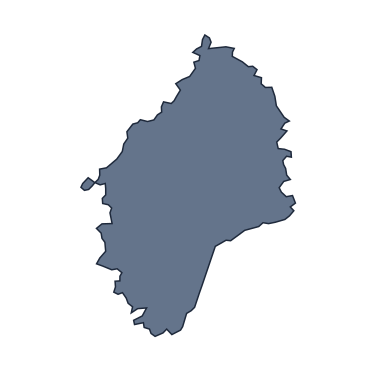 outline of David Canabarro, Rio Grande do Sul, Brazil, rotated 126°
{"feature_id": "56859067B20020049271411", "entity_name": "David Canabarro", "entity_type": "district", "adm_level": 2, "iso_a3": "BRA", "parent_name": "Brazil", "parent_adm1": "Rio Grande do Sul", "projection": "robinson", "projection_center": [-51.809, -28.414], "detail": "fine", "context": "isolated", "style": "filled", "palette": "slate", "viewbox_px": 384, "rotation_deg": 126, "n_neighbors": 0, "source": "geoboundaries", "source_scale": "gbopen_adm2", "svg_char_len": 1947}
<svg xmlns="http://www.w3.org/2000/svg" viewBox="0 0 384 384"><g transform="rotate(126 192 192)"><path d="M62.5,273.1L68.6,269.9L73.6,272.4L78.6,273.4L77.0,265.8L81.5,263.6L85.9,266.8L89.9,261.9L99.9,261.8L106.8,266.0L113.9,268.8L116.4,261.3L123.7,260.7L128.7,260.1L132.6,260.8L135.8,268.0L141.1,266.8L145.2,263.5L149.9,265.3L156.1,265.2L161.1,269.4L163.9,276.3L167.9,276.6L171.8,279.8L181.5,280.1L186.2,275.6L193.3,275.4L200.2,272.2L209.6,272.2L222.7,275.4L227.8,280.2L232.6,276.5L236.9,275.3L241.5,276.1L240.2,270.5L236.1,267.2L240.0,263.8L245.1,260.1L249.9,260.8L253.8,257.5L251.5,252.2L252.2,247.6L257.1,246.1L264.5,238.1L270.7,246.1L277.6,247.9L278.7,241.3L282.4,237.6L283.9,232.9L290.7,227.0L299.5,227.8L306.2,227.0L304.4,220.7L302.1,211.2L298.1,207.4L298.5,201.3L302.5,200.8L306.3,198.1L309.4,201.8L313.8,198.1L319.0,196.4L318.2,191.7L314.3,189.1L316.5,182.9L319.6,178.2L319.8,172.6L325.5,170.1L318.3,167.4L312.5,160.6L321.5,159.4L330.1,163.8L333.0,160.6L326.3,154.5L329.7,151.1L327.9,145.8L330.5,142.0L330.5,137.0L323.0,132.6L317.8,131.9L319.2,124.5L314.4,122.1L310.5,120.1L306.5,120.4L293.4,125.0L288.5,122.9L283.8,122.1L269.3,126.7L261.9,128.9L222.3,141.2L211.0,136.1L208.7,132.1L192.0,126.8L180.7,117.7L175.1,116.5L172.6,111.5L167.6,106.9L159.6,100.7L154.0,99.1L147.3,98.6L146.3,103.7L140.2,101.8L135.8,108.6L140.4,113.0L139.6,119.6L137.3,124.0L129.5,124.0L124.1,119.8L122.7,125.3L117.9,130.1L116.0,134.0L113.2,137.0L107.5,136.5L105.4,132.1L101.2,135.6L103.0,142.2L106.2,147.8L101.8,152.8L96.3,152.0L86.8,151.1L88.7,157.1L81.8,157.4L77.4,155.0L77.4,161.4L72.7,174.4L65.9,181.2L60.4,189.0L64.3,194.1L63.8,199.6L58.7,203.0L61.3,210.3L54.8,211.3L54.6,216.8L57.5,220.1L57.1,227.8L58.6,239.1L55.0,241.5L51.0,242.2L54.6,249.9L66.3,262.9L59.6,264.6L57.1,268.5L57.4,273.9L62.5,273.1ZM241.5,276.1L241.5,284.4L249.4,285.4L253.5,284.6L253.9,280.0L250.7,277.1L245.7,276.3L241.5,276.1Z" fill="#64748b" stroke="#1e293b" stroke-width="1.5"/></g></svg>